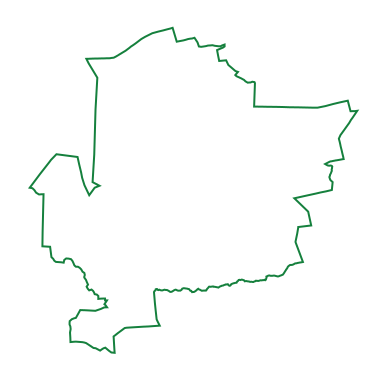 Gilgil, Rift Valley, Kenya, rotated 92°
{"feature_id": "3690345B90072985927430", "entity_name": "Gilgil", "entity_type": "district", "adm_level": 2, "iso_a3": "KEN", "parent_name": "Kenya", "parent_adm1": "Rift Valley", "projection": "mercator", "projection_center": [36.311, -0.527], "detail": "fine", "context": "isolated", "style": "outline", "palette": "green", "viewbox_px": 384, "rotation_deg": 92, "n_neighbors": 0, "source": "geoboundaries", "source_scale": "gbopen_adm2", "svg_char_len": 5949}
<svg xmlns="http://www.w3.org/2000/svg" viewBox="0 0 384 384"><g transform="rotate(92 192 192)"><path d="M105.1,29.7L105.2,30.3L105.5,32.0L105.7,36.4L95.3,39.5L97.1,46.6L99.1,53.9L101.5,61.7L103.3,69.3L103.5,74.3L103.6,81.9L103.7,89.6L103.9,97.1L103.9,104.2L104.0,111.6L104.2,119.1L104.3,126.3L104.5,132.9L102.1,132.9L93.1,132.9L85.2,132.9L81.0,132.9L80.0,133.4L79.7,135.6L80.5,137.3L80.6,139.0L80.8,140.1L80.0,141.6L79.5,142.5L79.1,142.9L78.1,144.0L77.8,144.6L77.5,145.3L76.7,146.8L76.1,148.3L75.8,148.9L75.5,149.7L74.7,151.6L73.6,152.8L70.4,150.3L69.6,152.8L63.8,160.1L59.2,162.5L59.6,165.5L60.1,169.4L55.1,170.6L49.3,171.9L48.4,170.0L46.6,166.1L45.4,164.5L43.5,164.6L44.5,167.1L45.4,168.6L45.4,170.7L45.1,174.3L44.6,176.6L44.9,179.0L45.1,181.2L45.7,183.1L46.1,185.1L46.6,187.9L46.3,190.2L42.3,191.7L37.8,194.9L38.6,197.3L38.8,199.0L39.3,201.3L40.1,203.6L40.8,205.9L42.3,212.5L28.6,217.1L29.4,219.4L30.3,222.5L31.5,226.4L32.9,231.4L34.7,237.2L38.5,244.2L40.9,248.0L45.4,253.5L47.3,256.0L48.7,258.0L50.3,259.8L53.2,263.4L55.2,266.5L59.2,272.6L60.5,274.9L60.9,277.6L61.1,278.3L61.2,279.1L61.3,280.7L61.3,281.5L61.6,285.3L61.6,286.2L61.9,291.0L62.1,295.2L62.3,297.8L62.5,300.3L62.6,302.2L67.0,299.8L81.1,290.6L112.9,291.3L158.1,291.0L173.6,291.4L185.6,291.7L189.0,284.7L191.1,289.4L198.8,294.6L189.0,299.7L185.6,300.9L181.6,302.3L176.3,303.5L168.4,305.7L164.5,306.7L161.0,307.6L159.0,328.8L164.8,334.0L167.1,335.6L179.6,344.7L193.4,354.3L193.8,351.6L195.6,349.6L198.1,347.8L199.8,344.8L199.5,342.1L199.4,340.3L237.1,339.9L251.5,339.6L251.7,331.9L262.0,330.2L263.6,328.4L265.5,327.2L266.6,325.6L266.7,323.3L266.8,320.3L267.1,317.8L264.4,317.3L262.8,315.4L262.9,312.9L263.4,310.5L265.2,309.0L267.4,307.9L269.4,307.0L270.7,305.5L270.7,303.3L271.7,301.6L273.2,300.0L275.5,298.6L276.6,296.8L278.3,296.3L279.0,296.3L280.4,296.7L281.1,296.7L281.9,296.2L283.5,294.9L285.6,294.0L288.2,292.7L290.3,294.0L292.3,292.8L293.9,291.3L293.0,289.0L294.4,287.3L296.0,286.3L297.5,285.7L297.8,283.6L299.2,282.0L302.1,281.9L301.8,279.8L301.6,277.3L301.5,275.2L303.3,275.1L303.3,273.2L305.3,274.4L307.2,275.6L308.2,274.4L310.2,272.9L310.4,275.7L312.0,278.9L314.1,284.4L313.9,294.2L313.9,299.6L318.1,301.7L321.9,303.7L322.3,305.3L323.3,307.6L325.3,309.7L327.1,309.8L328.8,309.7L330.5,308.9L333.2,308.5L336.7,309.0L341.9,308.5L346.2,308.2L345.8,304.9L345.6,303.0L345.8,298.2L345.9,296.2L346.2,294.3L346.7,292.5L351.3,285.0L351.5,282.8L353.7,278.3L352.0,276.1L351.6,275.5L351.2,274.8L350.6,273.2L351.8,271.7L353.6,269.4L355.2,267.0L355.4,263.7L351.8,264.1L339.1,265.3L335.4,260.9L330.3,254.5L329.9,252.5L329.6,249.4L328.3,235.9L327.9,230.9L326.7,219.6L322.5,221.9L321.5,222.4L320.5,222.9L314.2,223.8L312.2,224.1L311.5,224.2L304.3,225.2L293.3,226.5L292.3,226.0L291.6,225.1L290.5,224.9L290.2,224.2L290.3,223.3L291.0,222.9L291.2,222.0L290.8,221.2L291.3,219.9L291.4,219.0L291.4,218.2L291.2,217.7L290.9,216.9L290.6,216.1L290.8,215.2L290.8,214.4L290.9,213.3L291.7,211.7L292.4,210.7L292.6,210.0L292.4,208.8L292.0,208.2L291.5,207.4L290.9,206.6L290.2,205.2L290.3,204.4L290.8,203.4L291.1,202.4L291.0,201.1L291.0,200.3L290.2,199.1L289.6,198.8L288.9,198.3L288.4,196.8L288.5,196.0L288.6,195.1L288.7,194.4L288.7,193.7L289.0,192.7L289.1,191.9L289.3,191.4L289.8,191.0L290.4,190.6L290.8,190.1L290.8,189.3L291.5,188.9L292.1,188.4L291.9,187.7L291.9,186.8L291.6,186.1L291.1,185.4L290.6,184.7L289.7,183.8L289.0,183.1L288.5,182.4L289.0,181.9L289.2,181.2L289.4,180.6L289.7,180.1L290.4,178.6L290.2,177.9L290.1,176.9L290.1,176.1L289.9,175.3L290.1,174.7L289.5,174.1L288.6,173.7L287.6,172.9L287.0,172.3L286.4,172.0L286.0,171.6L286.0,170.8L286.1,170.0L285.9,169.2L285.8,168.3L285.6,167.7L286.0,166.9L285.9,166.3L286.0,165.6L286.3,163.8L286.4,163.1L286.6,162.3L286.1,161.6L285.6,160.9L285.2,160.3L285.0,159.5L284.6,158.9L284.5,158.2L284.3,157.4L283.7,156.4L283.5,155.5L283.1,154.8L283.2,154.2L283.2,153.6L282.9,153.0L284.1,151.9L284.4,151.3L284.3,150.7L283.8,150.1L283.0,149.8L282.4,148.9L282.1,148.1L281.8,147.4L281.6,146.5L281.3,145.7L281.2,145.0L281.1,144.3L280.4,144.0L279.8,143.7L279.5,143.1L278.3,142.3L278.1,141.5L278.3,140.5L278.0,139.7L277.8,139.2L278.0,138.3L278.5,136.8L279.4,136.2L279.2,135.3L279.1,134.6L279.3,133.6L279.4,132.4L279.5,131.6L279.8,130.8L279.6,129.6L279.7,129.0L279.8,128.3L279.8,127.5L279.3,126.7L279.0,126.0L278.9,125.4L278.4,125.0L278.5,124.3L278.5,123.7L278.6,123.0L278.5,122.2L278.2,121.5L278.0,120.9L277.8,120.2L277.9,119.2L277.6,118.2L277.6,117.2L277.2,116.5L277.6,115.8L277.0,115.1L276.1,114.9L275.5,114.7L274.8,114.5L273.9,114.7L273.6,114.1L273.3,113.5L272.9,112.8L272.7,111.8L273.0,110.5L273.0,109.5L272.9,108.6L272.7,107.5L272.7,106.7L272.9,105.7L273.1,104.9L273.2,104.3L273.4,103.6L273.3,102.6L272.9,101.7L272.6,101.1L272.4,100.5L272.1,99.8L271.7,99.0L271.5,98.4L270.7,97.8L269.9,97.3L269.3,96.9L268.5,96.5L267.8,96.1L267.1,95.6L266.2,95.2L265.6,94.7L264.9,94.2L264.3,94.0L263.6,93.7L262.7,93.0L262.2,92.3L261.7,91.8L261.4,90.6L261.4,89.6L261.1,88.8L260.9,88.2L260.5,87.6L260.1,87.0L259.8,86.5L259.7,85.9L259.6,85.1L259.3,84.2L259.1,83.5L259.0,82.8L258.8,82.2L258.7,81.5L258.5,80.5L258.3,79.5L258.1,78.7L245.0,84.1L238.7,86.7L238.0,86.8L229.9,85.4L224.6,84.7L224.0,84.6L223.3,84.6L221.3,71.7L207.6,75.2L194.7,89.5L193.3,84.0L191.9,78.6L190.6,73.5L189.2,68.0L188.6,65.8L187.9,63.2L186.7,58.1L185.1,52.3L177.2,51.8L175.3,54.0L174.6,54.4L173.8,54.7L173.0,55.0L172.4,55.2L171.7,55.1L171.0,54.7L170.2,54.7L168.0,53.7L167.2,53.5L166.6,53.2L165.9,53.0L165.0,53.2L164.3,53.1L163.4,52.9L162.6,52.9L161.8,52.7L161.2,53.0L160.9,53.5L160.7,54.4L160.9,55.4L160.9,56.2L160.8,56.8L160.7,57.4L160.4,58.0L160.0,58.8L159.4,59.9L157.2,56.0L156.9,55.4L156.6,54.7L156.4,53.4L156.2,52.7L155.8,51.1L155.7,50.5L155.5,49.9L155.3,48.7L155.0,47.2L154.1,43.1L153.9,42.4L153.8,41.6L151.6,42.1L148.5,43.0L145.1,43.9L141.3,45.0L139.2,45.5L136.9,46.1L133.6,47.1L129.9,45.6L127.7,44.1L121.7,40.1L117.5,37.3L114.5,35.7L112.3,34.2L105.1,29.7Z" fill="none" stroke="#15803d" stroke-width="2"/></g></svg>